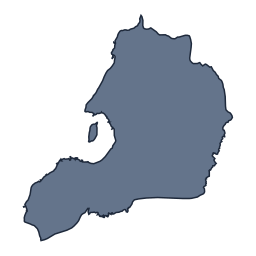 Kota Baubau, Sulawesi Tenggara, Indonesia
{"feature_id": "22746128B66779214231616", "entity_name": "Kota Baubau", "entity_type": "district", "adm_level": 2, "iso_a3": "IDN", "parent_name": "Indonesia", "parent_adm1": "Sulawesi Tenggara", "projection": "albers", "projection_center": [122.657, -5.423], "detail": "fine", "context": "isolated", "style": "filled", "palette": "slate", "viewbox_px": 256, "rotation_deg": 0, "n_neighbors": 0, "source": "geoboundaries", "source_scale": "gbopen_adm2", "svg_char_len": 5812}
<svg xmlns="http://www.w3.org/2000/svg" viewBox="0 0 256 256"><path d="M150.8,27.9L148.6,29.0L146.4,29.2L144.4,28.7L143.5,27.9L142.8,25.6L142.9,20.4L141.9,16.6L141.0,15.4L139.7,18.9L140.0,20.5L139.7,22.3L138.2,24.2L137.6,25.7L135.6,26.7L133.9,28.2L130.3,29.2L129.2,30.1L126.9,30.3L126.2,29.9L124.5,29.9L122.6,30.6L121.3,30.5L120.0,31.2L118.6,33.2L117.9,34.7L117.3,37.0L115.1,40.7L115.5,43.3L114.8,45.1L114.6,48.0L112.9,49.7L112.9,50.4L111.4,52.8L111.7,54.1L114.4,55.5L115.0,56.4L115.1,57.4L114.4,60.8L114.4,62.2L114.0,63.3L112.1,66.2L110.3,68.4L107.6,70.5L106.0,73.0L104.2,76.7L102.6,80.8L98.5,88.2L97.8,89.0L96.1,92.6L94.3,94.9L93.5,95.4L93.6,95.7L92.0,98.5L88.0,102.5L86.2,104.8L85.9,107.6L85.1,109.7L84.9,111.2L85.1,111.5L85.7,111.5L85.9,111.9L88.1,111.5L89.6,112.3L92.1,112.4L92.6,112.7L94.0,114.0L92.9,115.8L93.1,115.9L94.2,114.1L94.8,114.9L96.2,114.3L97.0,113.4L99.0,113.5L101.3,112.8L101.5,112.1L102.2,112.9L103.5,113.2L104.9,114.4L105.9,116.1L106.5,116.3L106.8,116.7L107.0,117.2L106.7,117.6L106.8,118.0L107.5,118.3L108.8,119.9L109.1,120.9L108.3,121.6L108.1,122.1L109.6,122.2L109.2,122.5L110.6,124.6L111.3,126.4L111.8,127.0L112.7,127.3L113.0,128.1L111.2,129.6L113.2,128.2L114.2,129.2L114.3,135.5L115.7,140.2L115.7,141.0L115.3,142.1L112.8,145.7L112.3,148.1L110.9,148.9L105.3,156.6L102.0,159.9L100.0,161.3L93.8,163.7L90.9,163.4L88.0,162.2L88.1,161.8L87.8,161.7L86.3,162.1L86.0,161.9L85.1,162.1L82.5,161.9L82.6,161.3L82.2,161.3L82.3,160.3L81.8,160.2L81.8,160.5L82.2,160.6L82.0,161.2L80.5,161.3L79.8,160.7L79.9,160.3L77.7,159.1L77.2,159.1L77.2,158.1L78.1,158.0L76.5,157.8L76.4,159.0L75.4,158.9L75.4,157.9L75.2,157.9L75.0,159.3L74.7,158.8L73.3,158.5L72.7,158.0L71.3,158.1L70.6,156.7L70.2,156.8L71.0,158.7L70.6,159.0L70.5,160.0L70.2,160.1L69.8,160.2L69.0,158.5L68.1,158.9L65.1,159.2L64.2,158.6L62.1,159.4L61.6,159.3L61.9,159.9L61.6,160.2L61.3,159.8L61.3,160.2L60.9,159.8L61.6,159.2L60.6,159.5L60.1,160.1L60.9,160.7L60.0,160.6L59.5,160.8L58.3,163.0L58.2,162.4L58.1,163.3L57.4,164.4L57.0,163.8L57.4,163.4L57.2,163.2L56.6,163.7L57.3,164.7L56.4,166.9L55.5,168.9L54.6,169.4L53.7,170.9L49.7,173.0L48.3,174.3L46.8,174.9L46.6,174.4L46.2,174.7L46.7,175.0L43.9,177.0L41.2,180.5L40.6,179.9L40.4,180.0L41.0,180.6L40.0,181.7L39.4,181.8L38.7,181.3L38.4,181.4L37.4,182.2L35.2,183.0L32.8,184.9L31.6,186.6L31.1,188.0L30.1,194.5L28.3,199.5L27.9,200.2L26.6,201.5L24.9,204.4L25.6,206.2L23.6,206.6L23.8,207.1L25.8,206.3L26.9,209.4L27.1,210.7L26.5,210.6L26.5,210.9L27.1,210.8L27.1,211.2L26.0,212.6L24.8,215.6L24.2,218.0L24.4,218.9L24.3,221.2L24.9,222.0L30.4,224.0L31.9,224.8L34.3,225.6L37.4,228.7L38.8,232.0L39.7,235.9L40.8,238.2L40.7,239.3L41.0,240.6L44.5,239.7L47.4,238.5L54.9,234.0L66.9,230.2L71.7,227.9L74.0,226.0L76.8,223.1L78.6,220.7L80.3,216.9L81.5,214.8L82.6,213.9L85.0,212.6L87.8,208.4L89.0,208.4L88.1,211.6L88.8,214.3L89.7,213.7L90.2,212.7L90.8,212.4L92.8,212.4L94.2,212.1L95.9,212.9L96.6,212.4L97.7,212.4L98.2,213.1L97.4,214.7L98.5,214.4L99.4,215.4L99.6,216.2L100.0,216.4L100.8,216.0L101.2,216.6L101.9,216.4L103.5,215.1L103.9,215.4L103.9,215.9L103.8,216.5L103.2,216.8L103.1,217.2L104.1,217.5L104.4,217.3L104.6,215.9L105.3,215.5L107.6,216.8L107.9,216.7L108.1,216.3L107.0,215.6L108.5,215.4L108.7,214.6L108.4,213.5L108.7,213.0L111.1,214.4L111.4,213.1L112.2,212.8L112.5,213.0L112.5,213.9L112.8,214.1L114.0,213.8L116.0,212.5L119.1,212.2L120.9,211.3L122.0,211.3L123.4,210.0L124.8,209.5L125.4,209.7L125.9,210.5L126.3,211.8L127.4,212.1L127.9,211.3L128.0,210.5L127.6,208.8L128.2,208.5L128.4,207.6L129.1,207.4L129.4,207.6L129.7,207.4L131.9,204.1L132.6,201.8L134.4,199.8L138.7,198.9L146.4,198.0L157.6,197.5L182.7,198.5L189.5,198.5L191.6,198.3L197.5,197.0L200.2,195.2L203.0,194.0L203.7,193.5L204.4,192.4L204.6,191.6L204.4,188.8L203.5,187.4L203.9,186.6L205.9,185.4L205.7,184.0L206.2,183.6L206.3,183.1L205.8,182.4L206.2,181.7L205.6,180.1L205.6,179.2L206.5,178.8L206.2,178.2L206.4,177.7L208.6,176.4L209.2,176.3L209.3,176.1L209.3,171.5L209.0,170.9L209.7,169.9L210.5,170.1L211.7,167.8L212.7,166.9L212.8,165.8L214.5,165.7L215.3,164.2L216.2,163.5L214.7,161.7L213.9,160.0L214.9,158.6L212.4,156.1L212.3,155.3L213.1,154.2L212.9,153.5L213.1,153.0L213.6,152.8L214.4,153.4L214.9,153.1L216.2,154.2L217.5,154.1L218.0,152.5L219.2,150.8L218.6,150.1L218.7,149.2L218.9,148.8L219.6,148.4L219.5,147.1L220.3,144.9L220.0,143.5L220.7,142.3L221.8,141.6L221.4,141.1L221.3,140.2L221.8,139.5L222.6,138.9L222.7,138.4L222.2,137.2L223.2,136.3L223.8,136.3L224.3,136.8L224.7,136.7L224.2,134.6L224.9,133.4L224.9,132.8L224.2,130.3L223.4,130.1L222.9,129.2L222.8,127.6L223.9,125.6L225.2,124.3L225.6,123.2L226.9,122.3L228.0,122.3L228.7,120.7L230.5,120.1L231.2,119.5L232.4,117.5L232.0,115.7L231.0,114.0L230.1,112.9L228.0,111.9L226.1,109.9L225.9,109.5L225.5,106.2L225.2,96.6L224.2,89.7L223.3,87.4L222.9,84.3L222.2,82.1L221.4,80.5L218.7,78.4L218.2,76.4L217.8,75.8L216.5,74.6L215.2,72.3L213.3,70.6L211.3,66.8L209.7,67.1L206.7,64.7L205.6,64.1L204.9,64.3L202.7,65.9L200.9,64.2L199.8,62.6L199.5,62.6L197.5,63.5L193.4,63.6L192.2,62.9L190.5,61.1L189.9,59.8L189.7,58.0L191.1,47.5L191.4,43.6L190.6,39.4L189.7,36.6L189.2,35.8L187.3,35.3L185.2,35.3L179.0,37.1L177.5,37.1L175.3,38.6L174.5,38.8L171.9,38.5L171.1,38.1L168.6,36.1L166.9,35.6L165.5,34.8L159.6,34.9L158.3,34.1L156.3,31.8L150.8,27.9ZM77.1,158.1L77.0,159.0L76.6,159.1L76.6,158.0L77.1,158.1ZM96.4,126.0L97.4,122.8L97.1,122.4L95.3,123.9L94.7,124.2L93.3,124.2L91.8,124.9L90.4,126.8L90.0,128.3L89.9,130.3L89.3,132.6L88.8,136.8L89.0,140.1L88.6,141.3L89.0,141.9L89.8,141.9L91.5,140.9L92.7,140.9L93.7,140.2L94.0,140.4L93.7,140.2L95.0,138.4L96.9,134.8L97.0,128.3L96.9,127.1L96.4,126.0ZM112.3,58.5L113.4,57.2L113.1,56.7L112.7,56.8L112.2,57.8L112.1,58.4L112.3,58.5ZM114.1,43.0L114.2,42.4L113.8,42.2L113.8,42.8L114.1,43.0ZM112.9,56.5L113.2,55.8L113.0,55.2L112.8,55.3L112.9,56.5Z" fill="#64748b" stroke="#1e293b" stroke-width="1.5"/></svg>